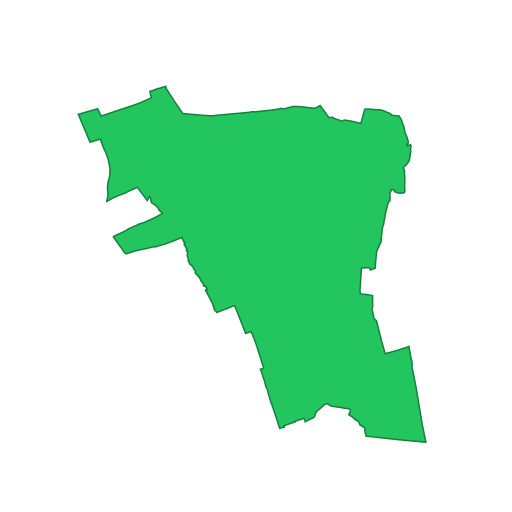 outline of Arsura, Vaslui, Romania, rotated 190°
{"feature_id": "2599482B94287985096117", "entity_name": "Arsura", "entity_type": "district", "adm_level": 2, "iso_a3": "ROU", "parent_name": "Romania", "parent_adm1": "Vaslui", "projection": "natural_earth1", "projection_center": [28.045, 46.802], "detail": "fine", "context": "isolated", "style": "filled", "palette": "green", "viewbox_px": 512, "rotation_deg": 190, "n_neighbors": 0, "source": "geoboundaries", "source_scale": "gbopen_adm2", "svg_char_len": 6120}
<svg xmlns="http://www.w3.org/2000/svg" viewBox="0 0 512 512"><g transform="rotate(190 256 256)"><path d="M374.5,407.4L380.0,404.5L382.1,403.7L385.7,401.5L389.1,399.7L386.6,393.5L397.9,386.0L408.4,380.1L418.3,374.9L429.6,368.6L432.9,367.1L437.5,373.5L455.6,364.7L439.2,339.2L429.5,344.1L426.7,338.9L424.4,335.2L422.2,332.2L419.1,327.0L417.5,323.5L415.0,316.9L414.5,313.4L414.0,309.8L414.5,303.1L414.4,300.1L413.9,296.0L412.8,292.3L412.4,290.2L412.3,288.6L412.5,284.3L412.4,283.8L407.3,288.0L402.9,291.1L395.9,295.2L392.1,298.1L384.8,303.0L372.7,291.7L371.3,296.2L370.9,296.1L369.7,294.2L369.0,291.8L368.0,290.3L364.5,288.8L360.7,286.3L359.4,284.2L357.6,283.3L356.0,282.2L355.7,281.7L360.8,277.4L365.0,274.3L372.2,269.5L375.0,268.0L375.7,267.9L379.8,264.8L381.2,264.1L384.2,261.9L385.8,261.0L387.6,259.4L388.3,258.6L389.0,258.2L392.0,255.9L399.8,250.5L399.7,250.0L392.8,243.1L389.4,239.9L386.1,236.4L385.3,236.0L383.9,235.6L383.1,236.2L378.6,238.6L375.8,240.0L370.2,242.4L367.9,243.3L366.7,243.6L365.5,244.2L358.4,247.3L358.1,247.4L357.0,247.4L356.0,247.8L353.9,249.0L349.2,251.2L344.6,253.7L332.0,261.4L331.8,260.9L331.7,260.5L331.6,260.3L331.3,259.9L331.1,259.4L330.4,258.5L329.8,258.1L329.4,257.2L328.8,257.2L328.5,257.1L328.6,256.9L328.5,256.4L328.7,255.7L328.5,255.3L328.2,255.0L328.6,254.4L328.2,254.1L327.7,253.9L327.1,252.7L326.4,252.1L325.8,251.1L325.1,250.6L325.1,249.7L325.6,249.3L325.3,249.0L323.9,248.3L323.9,247.4L324.1,247.1L323.8,246.7L323.8,245.6L323.9,245.1L323.8,244.0L322.7,242.8L322.4,242.0L322.5,241.7L322.3,241.3L321.9,240.8L321.8,239.9L321.9,239.7L321.3,239.0L321.2,238.7L321.3,238.7L320.5,237.8L320.3,237.4L319.8,237.0L319.8,236.6L319.4,236.3L318.8,236.0L317.8,235.8L317.1,234.8L316.0,234.3L315.8,234.0L315.7,233.4L315.5,232.9L315.1,232.4L314.7,232.0L313.9,231.8L313.2,231.4L312.9,230.9L313.2,229.6L312.8,229.0L312.3,228.7L312.3,228.3L311.9,227.7L310.1,227.0L309.8,226.7L309.8,226.4L309.6,226.2L309.0,226.0L308.7,225.5L307.4,224.3L306.3,222.8L306.3,222.5L305.8,221.7L304.6,221.0L304.0,220.2L302.8,219.7L302.8,217.9L302.6,217.6L302.1,217.4L300.7,217.5L300.7,217.3L299.4,216.2L298.7,215.3L298.3,214.8L298.2,214.4L298.4,214.2L299.2,214.2L299.7,214.0L299.7,212.9L299.4,212.5L298.8,212.3L298.4,212.4L297.7,211.8L297.5,211.6L297.6,210.4L297.5,210.2L297.1,209.8L296.3,209.3L295.8,208.7L295.4,207.9L294.3,206.6L293.4,205.0L292.5,204.3L291.4,202.7L291.0,202.4L290.3,201.3L289.8,200.9L289.7,200.3L289.4,199.4L289.4,199.0L289.0,198.6L288.5,197.9L287.9,196.3L286.7,194.9L286.3,194.9L285.9,194.7L285.2,193.8L284.8,193.6L278.3,197.5L275.3,199.1L274.1,200.1L272.6,200.9L270.2,202.5L268.3,203.3L252.7,177.9L247.8,180.7L246.3,178.7L242.9,173.2L240.4,168.8L238.8,165.9L237.0,162.1L234.9,158.4L231.6,151.9L229.0,147.3L228.9,147.0L229.1,146.8L232.0,145.2L231.0,143.7L225.6,133.6L223.5,128.8L222.8,128.2L222.2,127.5L221.2,125.4L220.3,123.2L219.3,121.3L216.0,114.7L215.0,113.1L209.5,103.2L202.8,90.4L198.4,92.4L199.1,93.7L188.6,99.5L188.9,100.0L180.5,104.4L178.8,101.6L178.7,101.2L178.5,101.3L177.7,102.2L172.6,105.8L171.0,107.1L170.5,107.8L170.2,109.0L170.2,111.1L168.7,114.1L168.2,114.8L166.4,116.8L162.8,121.4L160.7,122.9L160.3,122.7L159.6,122.6L158.8,122.4L157.1,121.5L155.9,121.3L154.2,121.3L151.0,121.4L150.2,121.3L148.1,121.6L142.6,121.4L141.4,121.6L137.9,121.6L137.0,121.4L136.4,121.0L136.1,120.6L136.3,119.8L136.4,118.3L136.6,117.5L137.1,116.6L136.9,115.7L133.0,114.1L131.9,113.3L130.7,112.6L129.7,111.8L129.1,112.0L126.8,110.9L125.7,110.0L124.3,107.6L123.7,107.4L123.3,107.6L122.8,107.6L121.9,106.6L121.5,106.4L120.4,106.2L119.2,105.5L118.9,105.0L118.5,103.1L117.5,100.3L117.4,99.9L117.0,99.5L116.5,98.7L116.4,97.7L84.0,99.8L56.4,102.1L57.3,104.5L63.0,118.9L75.6,154.5L80.0,166.0L83.1,173.8L83.4,175.3L83.2,176.0L83.8,177.5L84.0,178.5L84.4,179.9L85.9,183.2L88.0,188.8L89.3,192.3L89.4,193.3L89.6,193.6L93.0,191.5L103.6,186.1L111.8,182.3L117.3,193.5L121.5,202.8L125.2,211.3L126.4,213.4L128.2,214.4L128.8,215.0L129.8,216.9L130.5,219.1L131.7,222.0L132.3,222.9L132.5,223.5L132.4,226.8L132.5,227.8L133.2,230.7L134.2,237.1L135.7,237.3L138.4,237.2L140.0,237.3L146.6,236.8L147.6,239.9L149.8,260.1L149.9,262.5L147.6,263.1L145.4,263.6L143.2,263.9L141.7,263.8L141.2,263.1L141.0,262.1L139.9,262.6L136.5,264.7L136.6,266.8L136.9,267.8L136.9,268.7L137.3,272.0L137.6,276.8L137.5,278.0L137.6,278.4L137.8,278.8L138.0,280.3L137.9,281.8L137.2,284.8L136.8,286.0L136.4,287.3L136.3,288.4L135.5,290.7L135.3,292.1L135.3,293.2L135.5,294.0L135.7,294.4L136.1,301.5L136.2,302.6L136.4,303.5L136.3,306.8L135.8,309.5L135.9,314.0L135.8,314.7L135.7,315.0L135.9,315.6L135.9,320.8L135.8,323.7L135.4,326.4L135.4,328.4L135.2,330.4L134.9,331.3L134.6,332.4L134.0,333.3L133.7,334.2L134.1,336.7L134.9,340.0L135.1,340.7L135.2,341.2L134.3,343.6L134.0,344.9L133.5,345.1L131.6,345.2L131.1,345.0L130.7,343.4L130.1,343.5L128.8,342.9L128.1,342.8L126.3,342.9L125.7,342.8L125.1,342.8L124.6,343.1L123.9,343.3L123.0,343.3L121.2,344.0L120.8,344.3L120.7,345.8L122.0,352.0L122.2,354.2L122.6,356.7L123.4,360.1L123.6,361.4L123.9,361.9L124.1,362.8L124.3,364.5L125.1,366.9L125.5,367.4L126.1,367.9L126.3,368.3L126.2,368.9L125.1,370.3L124.1,371.3L121.8,376.1L121.6,377.0L121.7,378.8L121.6,380.1L121.7,381.4L121.7,385.7L122.0,386.8L122.4,387.5L122.3,388.1L122.4,389.0L122.2,390.0L122.3,390.6L122.7,391.8L123.2,392.4L126.4,390.9L126.7,391.2L125.6,394.1L125.9,395.2L128.3,399.8L130.9,403.8L131.7,406.0L132.1,407.2L133.6,410.4L135.0,412.4L135.6,413.9L136.8,415.9L138.5,417.6L139.1,418.1L139.3,418.7L147.2,418.2L147.5,418.8L148.4,419.6L152.2,420.3L155.5,421.2L159.5,421.6L161.9,421.0L169.0,420.5L174.4,419.6L175.8,404.8L185.6,405.4L191.7,405.3L193.0,405.0L193.7,404.2L194.2,403.9L195.2,403.8L196.1,403.8L197.2,404.2L199.2,404.4L203.3,405.2L204.9,406.0L208.0,404.8L219.0,415.3L222.5,412.4L224.1,411.7L230.5,411.2L237.5,410.9L243.5,410.1L246.8,409.2L247.5,408.7L249.8,407.8L250.4,407.3L253.1,406.2L255.0,405.6L257.2,405.8L258.1,405.2L262.6,403.5L269.5,401.4L283.2,397.5L283.9,397.6L285.7,397.2L287.3,396.4L319.0,387.8L323.5,386.4L335.1,385.1L352.8,383.6L362.3,393.2L369.6,401.1L373.4,405.3L374.0,406.5L374.5,407.4Z" fill="#22c55e" stroke="#15803d" stroke-width="1.5"/></g></svg>